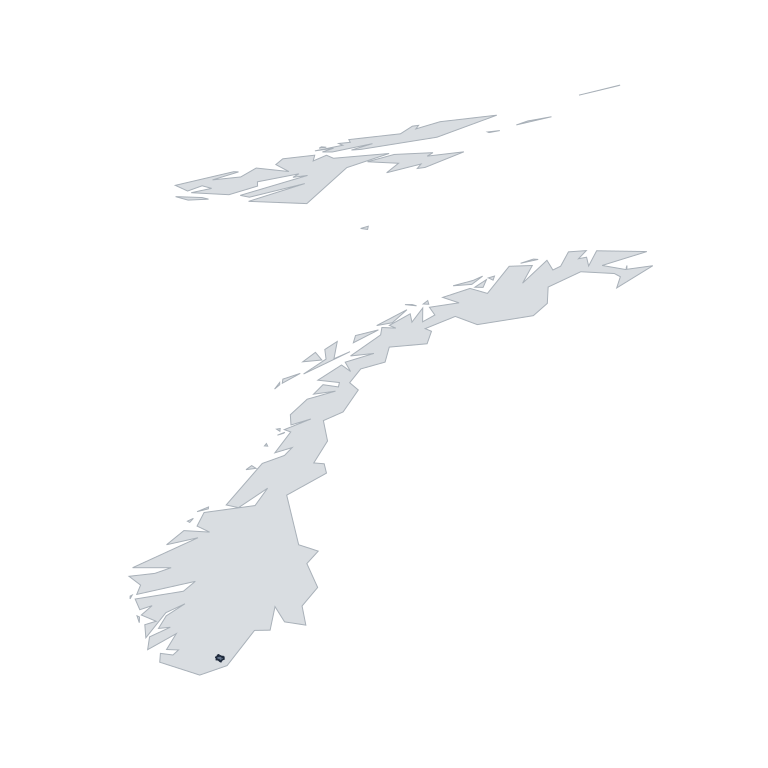 Iveland nor, Aust-Agder, Norway shown in context, rotated 348°
{"feature_id": "86288312B22941385681513", "entity_name": "Iveland nor", "entity_type": "district", "adm_level": 2, "iso_a3": "NOR", "parent_name": "Norway", "parent_adm1": "Aust-Agder", "projection": "equal_earth", "projection_center": [7.955, 58.433], "detail": "fine", "context": "in_parent", "style": "filled", "palette": "slate", "viewbox_px": 768, "rotation_deg": 348, "n_neighbors": 0, "source": "geoboundaries", "source_scale": "gbopen_adm2", "svg_char_len": 5479}
<svg xmlns="http://www.w3.org/2000/svg" viewBox="0 0 768 768"><g transform="rotate(348 384 384)"><path d="M467.7,332.7L435.8,338.4L441.4,342.3L434.5,353.6L396.8,349.0L389.6,362.8L364.4,364.4L350.7,375.6L357.6,384.5L338.2,402.8L317.1,407.2L316.9,428.0L298.9,446.6L308.9,449.6L309.2,459.2L265.7,472.5L267.1,523.5L284.9,533.8L271.2,543.6L276.8,569.2L257.7,584.1L257.4,603.6L237.3,596.0L231.1,579.1L221.4,601.1L206.1,598.1L172.0,626.8L143.2,630.4L106.8,609.5L109.3,601.0L121.2,605.2L127.7,601.4L116.1,598.5L128.9,585.0L97.6,594.7L102.1,582.6L124.4,577.5L112.6,576.2L122.8,565.5L143.6,557.6L123.1,562.3L98.3,582.7L100.0,569.7L111.8,568.7L98.6,559.5L111.1,552.6L98.2,554.0L95.9,542.6L144.7,545.0L158.4,537.8L98.4,538.4L104.1,530.1L94.6,519.1L120.5,521.6L137.6,519.4L99.9,511.4L170.1,495.7L137.9,496.0L157.8,485.8L182.6,492.6L171.6,484.1L181.3,472.3L232.6,476.1L248.5,461.7L216.0,474.7L204.5,469.5L248.4,436.4L271.8,433.2L280.9,427.1L263.0,428.6L282.8,411.5L277.0,407.9L305.2,403.0L284.5,404.7L286.0,394.6L305.7,382.9L335.1,380.9L313.0,379.3L324.2,372.0L338.8,377.4L340.7,373.3L320.1,366.5L346.4,356.6L353.9,364.8L350.6,354.6L380.5,352.0L357.1,349.6L390.9,335.3L393.7,328.3L407.2,331.8L401.4,327.8L424.2,320.8L424.2,329.3L437.7,317.7L434.7,331.2L448.1,327.1L444.4,318.4L474.3,320.2L459.4,311.5L488.0,308.4L504.0,316.9L530.9,294.9L553.7,298.9L540.5,314.2L569.1,296.9L572.9,307.6L581.3,305.5L591.9,293.1L609.6,295.6L600.3,301.9L608.5,302.1L608.7,311.1L619.7,297.9L668.6,309.1L622.0,313.4L644.0,322.2L671.5,324.2L631.6,338.4L637.5,328.2L632.2,323.8L599.8,315.1L564.7,323.3L560.5,339.1L544.3,348.2L487.6,345.3L467.7,332.7ZM331.8,142.7L363.8,145.8L361.1,151.1L375.3,148.3L381.5,152.7L436.9,159.6L392.6,164.6L346.0,191.5L289.5,177.2L348.2,171.5L291.2,173.3L282.6,169.6L352.6,164.1L337.9,162.9L344.4,160.7L302.2,159.9L301.5,164.1L271.7,166.6L235.2,156.8L256.1,156.8L247.3,152.3L232.0,154.4L221.2,146.3L281.1,145.1L285.8,146.3L258.7,148.7L286.9,151.7L303.9,146.2L335.1,156.4L323.8,146.9L331.8,142.7ZM400.4,137.6L452.1,142.7L465.4,137.7L471.6,138.2L468.2,141.1L493.4,139.1L550.2,144.5L487.2,153.6L410.1,149.7L400.8,148.4L422.7,146.5L381.6,146.3L372.0,144.2L383.7,142.9L364.9,141.6L393.3,141.9L389.7,139.3L401.2,140.6L400.4,137.6ZM441.7,161.6L480.0,167.9L473.6,170.1L510.4,173.5L469.1,180.7L461.4,180.1L466.0,176.5L430.5,177.9L444.1,171.1L414.1,163.2L441.7,161.6ZM340.3,348.9L357.5,345.3L307.4,357.5L332.5,347.6L333.3,337.9L347.1,332.7L340.3,348.9ZM366.2,330.7L389.8,329.9L362.6,337.3L366.2,330.7ZM389.0,325.3L421.9,316.1L404.9,325.8L389.0,325.3ZM219.1,157.4L244.8,163.8L250.8,166.7L230.6,163.4L219.1,157.4ZM323.5,338.8L328.2,347.6L309.2,345.4L323.5,338.8ZM502.9,299.0L490.6,304.8L472.0,302.3L492.9,301.2L502.9,299.0ZM505.9,303.2L501.0,310.1L493.0,308.2L505.9,303.2ZM286.1,358.2L304.3,356.2L284.7,362.1L286.1,358.2ZM675.7,140.9L634.8,142.0L677.1,140.7L675.7,140.9ZM579.4,156.6L603.4,157.4L567.3,158.1L579.4,156.6ZM542.7,294.3L556.1,292.9L560.7,294.2L542.7,294.3ZM514.5,301.4L512.3,305.1L508.2,301.9L514.5,301.4ZM444.1,311.5L444.4,315.3L439.0,313.9L444.1,311.5ZM401.4,226.4L400.1,229.4L393.5,227.0L401.4,226.4ZM550.0,160.2L539.0,159.9L537.7,159.0L550.0,160.2ZM237.6,436.3L241.3,439.9L231.2,439.1L237.6,436.3ZM421.0,310.7L428.0,312.1L432.1,314.3L421.0,310.7ZM372.0,139.0L376.8,140.4L369.6,139.9L372.0,139.0ZM186.2,469.6L174.6,470.0L186.8,467.8L186.2,469.6ZM169.6,475.8L165.2,479.0L163.2,477.3L169.6,475.8ZM281.9,363.0L275.9,366.2L282.3,360.8L281.9,363.0ZM96.4,561.1L95.0,566.6L94.2,559.4L96.4,561.1ZM272.3,408.6L269.5,405.8L273.2,406.0L272.3,408.6ZM646.3,318.6L645.5,321.7L644.9,321.1L646.3,318.6ZM275.6,411.3L269.1,411.9L277.0,410.6L275.6,411.3ZM256.6,417.8L257.3,420.6L254.2,419.7L256.6,417.8ZM93.8,538.1L90.9,541.4L91.6,538.7L93.8,538.1Z" fill="#d9dde1" stroke="#a8b0b8" stroke-width="1"/><path d="M169.1,620.0L169.3,619.9L169.6,619.9L169.8,619.9L170.0,619.8L170.3,619.8L170.4,619.7L170.3,619.3L170.3,619.1L170.2,618.9L170.2,618.7L170.3,618.4L170.4,618.2L170.6,618.0L170.4,617.9L170.2,617.9L169.9,617.9L169.6,617.8L169.4,617.8L169.5,617.7L169.8,617.5L169.8,617.4L170.0,617.3L170.0,617.2L169.9,617.2L169.6,617.1L169.3,617.0L169.2,617.0L168.8,617.0L168.8,616.9L168.7,616.8L168.7,616.7L168.3,616.6L168.2,616.6L167.9,616.5L167.8,616.4L167.7,616.2L167.5,615.9L167.4,615.9L167.2,615.9L167.0,616.0L166.9,616.0L166.7,616.0L166.6,615.9L166.5,615.7L166.4,615.7L166.3,615.4L166.2,615.2L166.2,614.9L166.2,614.7L165.8,614.5L165.7,614.6L165.5,614.8L165.4,614.8L165.2,614.7L165.0,614.8L164.9,614.8L164.7,614.8L164.6,615.0L164.6,615.3L164.7,615.6L164.7,615.8L164.8,615.9L164.1,616.0L163.9,616.1L163.7,616.1L163.2,616.1L162.9,616.2L162.6,616.3L162.6,616.5L162.6,616.8L162.8,617.0L163.0,617.3L163.1,617.5L163.3,617.7L163.3,617.8L163.3,618.0L163.2,618.2L163.2,618.3L163.0,618.5L162.9,618.6L162.7,618.7L162.7,618.8L162.8,618.8L163.0,618.8L163.4,618.9L164.0,618.9L164.1,619.0L164.3,619.2L164.3,619.3L164.4,619.5L164.5,619.5L164.6,619.4L164.8,619.4L165.0,619.3L165.2,619.5L165.3,619.5L165.5,619.6L165.7,619.8L165.6,620.0L165.5,620.3L165.4,620.3L165.5,620.4L165.5,620.5L165.8,620.5L165.7,620.5L165.5,620.8L165.4,620.8L165.5,620.8L165.7,621.0L165.8,621.0L166.0,621.1L166.2,621.3L166.3,621.4L166.3,621.5L166.5,621.6L166.8,621.6L167.0,621.7L167.1,621.8L167.3,621.8L167.2,621.8L167.2,621.7L167.2,621.4L167.2,621.2L167.2,620.9L167.3,620.9L167.5,620.8L167.6,620.7L167.8,620.7L168.0,620.5L168.1,620.3L168.3,620.2L168.6,620.0L168.8,620.0L169.0,620.0L169.1,620.0Z" fill="#64748b" stroke="#1e293b" stroke-width="1.5"/></g></svg>